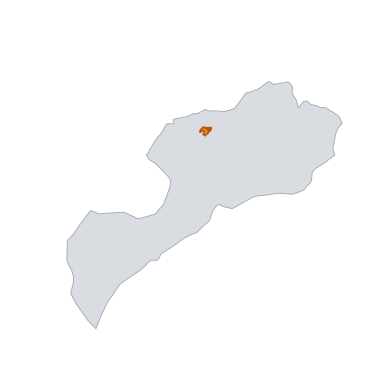 location of Trikātas pag., Beverinas, Latvia, rotated 321°
{"feature_id": "27541924B26543314591182", "entity_name": "Trikātas pag.", "entity_type": "district", "adm_level": 2, "iso_a3": "LVA", "parent_name": "Latvia", "parent_adm1": "Beverinas", "projection": "robinson", "projection_center": [25.698, 57.552], "detail": "fine", "context": "in_parent", "style": "filled", "palette": "amber", "viewbox_px": 384, "rotation_deg": 321, "n_neighbors": 0, "source": "geoboundaries", "source_scale": "gbopen_adm2", "svg_char_len": 4211}
<svg xmlns="http://www.w3.org/2000/svg" viewBox="0 0 384 384"><g transform="rotate(321 192 192)"><path d="M281.5,260.8L279.2,260.5L272.8,258.7L267.4,256.0L264.1,252.5L258.5,247.6L254.8,245.1L249.1,242.0L239.5,235.7L236.0,234.2L218.9,231.4L212.8,230.2L207.1,223.0L205.3,218.8L202.5,218.1L199.5,219.0L196.1,219.8L188.4,224.7L185.9,225.4L181.2,225.4L170.1,226.5L165.0,224.7L156.2,222.8L151.5,222.5L147.2,222.5L128.5,220.6L125.1,222.7L121.6,223.1L118.3,219.8L114.2,218.9L109.5,220.0L101.2,220.2L91.3,219.1L78.6,218.3L76.7,218.7L62.6,223.0L59.1,223.6L43.6,230.9L31.3,237.7L30.3,226.8L31.7,205.1L33.9,194.4L42.4,188.1L46.7,183.3L49.3,176.8L50.2,170.7L52.1,165.8L64.5,151.5L74.0,150.0L87.0,146.0L101.4,142.7L104.1,146.9L105.4,150.1L122.5,161.8L126.9,165.7L133.3,179.1L149.3,185.9L162.0,183.8L167.6,180.5L177.8,174.4L182.4,169.9L183.3,165.6L181.7,147.2L179.0,139.3L180.0,134.3L181.8,134.6L186.1,132.2L200.2,127.7L203.0,127.5L206.2,126.6L215.0,123.2L217.9,125.0L220.2,127.1L221.5,127.1L222.2,126.3L222.0,125.0L222.6,124.1L225.2,124.6L235.4,130.2L239.4,131.4L242.0,131.8L245.3,134.4L254.0,136.2L255.1,137.5L255.8,139.2L264.0,146.2L267.7,149.8L275.0,153.0L278.2,153.8L290.9,150.5L294.5,149.3L297.4,149.3L300.4,151.1L307.3,153.4L313.5,154.1L314.6,154.0L319.9,154.2L321.7,155.1L323.0,159.6L329.0,163.1L334.6,166.1L336.0,167.4L336.5,170.1L336.2,173.1L335.5,174.7L333.2,176.5L331.3,181.1L331.1,185.5L327.9,193.1L328.7,193.3L335.4,191.9L337.3,192.7L338.8,194.4L339.4,199.1L341.6,201.3L343.9,204.6L344.7,207.2L349.0,210.4L349.4,212.4L352.1,219.5L353.2,223.6L353.7,226.7L352.5,230.8L351.4,233.5L350.0,233.3L346.2,234.0L340.1,237.3L331.1,245.0L328.8,246.8L326.5,252.6L325.9,253.2L320.6,253.0L319.2,252.8L313.8,252.9L302.2,251.4L297.7,252.4L291.9,258.4L289.6,259.3L282.7,260.1L281.5,260.8Z" fill="#d9dde1" stroke="#a8b0b8" stroke-width="1"/><path d="M240.3,156.6L240.3,156.4L241.1,156.2L241.3,156.1L241.5,156.1L241.8,155.9L242.0,155.8L241.9,156.0L242.0,156.2L242.0,156.3L242.5,156.2L242.8,156.0L242.9,155.9L243.0,155.9L242.9,155.9L243.0,155.8L242.8,155.6L243.0,155.6L243.3,155.6L243.5,155.7L243.8,155.8L244.0,155.8L244.3,155.9L244.5,155.9L244.8,155.6L245.0,155.7L245.1,155.4L245.7,155.5L245.8,155.6L246.1,155.4L246.3,155.2L246.5,155.0L246.6,154.9L246.9,154.9L247.0,154.6L247.2,154.4L247.3,154.5L247.4,154.4L247.3,154.2L247.2,154.2L247.0,153.8L247.0,153.7L246.9,153.7L246.9,153.8L246.9,153.7L246.6,153.6L246.4,153.6L246.4,153.8L246.5,153.8L246.3,154.1L245.8,154.4L245.4,154.7L245.0,154.6L244.9,154.7L244.4,154.4L244.1,154.2L243.4,153.7L243.2,153.6L243.1,153.4L242.9,153.3L243.3,153.0L243.4,152.9L243.5,152.9L244.2,152.9L244.3,152.9L244.6,152.9L244.8,153.0L245.0,153.0L245.3,152.9L245.7,152.5L245.6,152.4L245.3,152.3L244.7,152.0L244.4,151.8L244.2,151.7L243.8,151.5L243.6,151.6L243.4,151.6L243.0,151.6L242.9,151.6L242.3,151.4L242.2,151.4L242.4,151.3L242.7,151.0L243.1,150.9L243.4,150.8L243.5,150.8L243.4,150.7L243.2,150.7L241.9,149.8L241.8,149.6L241.9,149.4L242.0,149.5L242.1,149.3L241.8,149.3L241.7,149.4L241.5,149.0L241.5,148.9L241.4,148.9L241.2,148.8L241.0,148.7L240.9,148.7L240.7,148.5L240.4,148.6L240.2,148.6L240.0,148.8L239.9,148.8L239.7,148.8L239.4,148.8L239.4,149.0L239.2,149.0L239.2,148.9L238.9,148.9L238.7,148.9L238.5,149.0L238.4,149.0L238.2,149.0L237.8,149.0L237.7,149.0L237.4,149.2L237.2,149.3L236.9,149.5L236.6,149.6L236.4,149.7L236.3,149.9L236.2,150.0L236.4,150.1L236.5,150.1L236.6,150.3L236.5,150.5L236.5,150.4L236.5,150.5L236.4,150.5L236.5,150.5L236.4,150.6L236.5,150.6L236.4,150.6L236.5,150.6L236.4,150.6L236.5,150.7L236.5,150.8L236.7,151.0L236.8,151.0L236.7,151.0L236.8,151.0L236.7,151.0L236.8,151.0L237.2,151.0L237.8,150.9L238.1,150.9L238.9,150.7L239.2,150.9L239.6,151.1L239.4,151.3L239.6,151.7L239.7,152.0L239.8,152.2L239.6,152.5L239.8,152.5L239.8,152.8L239.8,153.0L239.6,153.0L239.4,153.2L239.2,153.2L239.3,153.4L238.8,153.5L238.7,153.5L238.4,153.6L238.2,153.7L238.2,153.9L237.8,154.1L237.7,154.0L237.4,154.1L237.4,154.3L237.2,154.4L237.0,154.6L236.9,154.6L237.0,154.8L237.2,155.1L237.6,155.7L237.7,156.1L237.8,156.1L237.9,156.5L238.0,156.4L238.3,156.2L238.5,156.2L238.7,156.3L239.2,156.3L239.4,156.4L239.5,156.4L239.9,156.5L240.0,156.5L240.3,156.6Z" fill="#f59e0b" stroke="#b45309" stroke-width="1.5"/></g></svg>